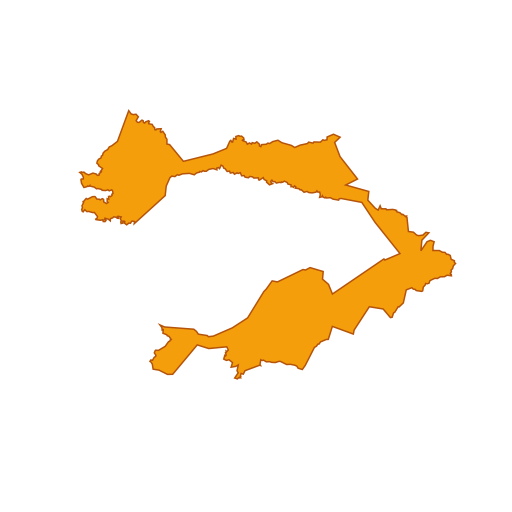 the district of Metlatónoc, Guerrero, Mexico, rotated 107°
{"feature_id": "50627088B85830591431491", "entity_name": "Metlatónoc", "entity_type": "district", "adm_level": 2, "iso_a3": "MEX", "parent_name": "Mexico", "parent_adm1": "Guerrero", "projection": "robinson", "projection_center": [-98.445, 17.124], "detail": "fine", "context": "isolated", "style": "filled", "palette": "amber", "viewbox_px": 512, "rotation_deg": 107, "n_neighbors": 0, "source": "geoboundaries", "source_scale": "gbopen_adm2", "svg_char_len": 6128}
<svg xmlns="http://www.w3.org/2000/svg" viewBox="0 0 512 512"><g transform="rotate(107 256 256)"><path d="M117.8,210.3L116.9,217.5L121.4,222.8L124.1,222.1L125.5,224.6L125.3,226.0L128.3,227.7L130.0,234.0L131.4,234.5L131.7,238.9L133.5,239.8L137.0,246.1L140.9,250.7L139.9,254.5L140.1,264.4L138.9,268.9L141.8,273.6L144.4,275.7L144.6,277.7L146.1,278.8L147.8,283.1L150.0,283.4L149.7,284.9L148.2,285.2L146.6,288.6L148.6,290.1L148.7,292.8L150.3,293.0L149.8,295.3L151.6,297.0L149.9,298.6L149.5,302.8L148.9,302.8L148.2,301.5L146.7,302.3L145.6,304.8L146.2,306.5L145.9,307.7L147.6,310.2L150.1,309.3L150.1,311.8L153.9,311.7L154.1,312.4L152.8,313.9L153.9,314.6L161.7,315.6L171.0,327.0L186.7,353.1L174.7,371.2L175.0,373.9L170.4,375.3L168.8,377.4L166.7,378.2L164.0,381.6L165.6,383.0L165.1,383.9L162.0,383.9L163.5,388.0L164.7,388.6L164.8,389.6L162.7,390.6L162.3,392.0L160.5,393.7L160.9,397.2L160.1,397.7L158.6,397.2L158.0,398.2L159.9,400.7L161.4,401.3L161.2,402.7L159.6,403.5L159.4,404.8L162.5,406.9L162.8,408.5L161.6,410.2L157.3,409.2L155.5,412.2L156.6,414.5L156.7,416.9L154.2,420.2L186.9,422.0L192.7,426.1L194.6,428.2L197.6,429.0L199.9,431.2L202.3,432.3L204.6,432.2L205.7,433.1L207.5,432.9L209.3,434.7L211.6,435.5L213.8,435.3L214.8,433.1L215.7,432.9L217.2,428.3L220.6,429.4L220.4,428.6L221.1,428.7L223.2,430.1L224.3,429.6L225.3,431.2L224.3,432.8L224.4,436.2L227.3,439.7L227.1,442.7L226.1,445.1L226.8,446.3L226.6,447.5L227.6,449.0L228.7,446.4L231.0,444.2L232.8,443.7L233.5,445.6L234.3,445.7L237.5,444.1L240.8,440.6L239.1,437.9L238.4,437.7L238.3,436.2L237.3,435.6L237.7,435.5L237.4,430.8L238.4,428.2L237.7,426.9L237.5,423.1L238.2,422.4L237.4,419.0L236.0,416.9L236.6,415.4L234.9,413.3L235.8,412.1L238.1,411.0L239.1,411.9L240.3,411.4L241.8,412.5L241.6,413.3L242.2,414.4L244.7,413.4L244.7,415.1L247.6,414.2L248.0,413.1L249.6,414.4L248.8,417.4L246.4,418.3L246.1,419.7L247.9,421.4L247.5,422.3L248.1,424.8L246.3,427.2L246.4,428.0L247.1,429.8L250.9,433.7L250.6,435.2L254.0,436.7L254.8,437.8L254.6,436.8L255.2,436.5L258.8,437.1L260.6,436.1L262.5,436.3L264.1,435.2L264.3,434.2L261.8,433.3L263.0,430.7L262.3,429.0L262.2,424.7L261.6,423.3L264.6,419.1L266.3,419.0L267.6,420.1L268.0,419.7L267.3,415.2L266.1,413.0L267.7,412.2L267.3,410.5L265.9,409.8L265.3,410.2L265.3,411.4L264.0,411.5L264.0,408.0L265.0,405.6L262.8,406.1L261.4,404.1L260.2,403.6L259.8,400.8L260.5,399.8L260.2,398.5L259.7,398.4L258.9,400.0L258.4,399.7L258.0,396.3L260.1,396.7L261.7,395.1L263.0,395.3L264.4,394.5L263.4,392.9L261.6,393.5L261.2,392.2L261.5,391.5L263.0,391.5L264.0,388.8L261.7,387.2L261.4,385.6L259.2,385.1L258.7,384.3L258.6,382.2L260.7,381.9L224.8,360.5L215.3,362.3L206.2,361.2L204.2,359.8L203.8,356.8L201.3,355.0L201.3,353.3L198.9,350.3L196.4,343.7L196.4,338.8L193.9,337.1L192.5,334.7L191.7,334.5L191.5,332.7L189.8,331.6L190.1,330.2L189.5,328.3L187.0,326.5L184.9,322.6L185.0,318.6L183.4,319.2L182.4,317.7L183.1,316.4L179.3,315.9L179.7,314.0L181.5,312.4L181.5,311.1L183.6,308.3L182.6,306.1L184.2,304.8L182.8,302.2L184.1,300.5L182.0,298.4L182.3,297.2L180.9,295.4L183.5,293.2L182.6,290.9L183.8,289.5L183.4,286.1L181.8,285.3L181.3,282.4L182.1,280.9L180.6,276.6L182.4,275.7L182.4,274.9L178.9,272.0L180.5,270.6L181.0,267.7L182.3,267.5L184.0,263.9L182.0,261.3L181.7,262.6L180.3,263.7L178.8,263.0L179.9,261.5L179.4,259.7L180.3,257.9L178.8,255.3L178.5,253.5L177.8,253.4L177.7,252.1L176.1,250.7L176.6,247.6L177.9,246.5L177.7,243.3L179.5,242.8L179.0,241.5L179.4,240.3L177.7,239.7L178.3,238.1L179.6,238.3L179.1,234.5L179.9,233.1L179.4,232.1L181.0,228.7L179.4,226.2L179.9,224.0L179.2,220.7L177.4,217.3L175.9,216.8L176.8,215.7L176.3,213.7L178.8,212.4L181.3,212.3L180.1,210.3L179.0,210.1L180.1,209.1L180.3,207.0L179.4,206.5L179.9,205.5L178.5,202.0L179.1,199.1L178.4,193.3L177.0,193.2L176.1,191.4L173.8,170.5L189.0,152.0L211.6,119.0L222.2,131.6L221.4,132.8L270.0,171.8L261.9,178.4L258.7,185.6L251.2,187.2L251.3,200.9L254.9,204.5L255.2,207.1L274.5,227.9L275.1,233.3L284.6,236.5L287.7,238.1L317.6,245.9L331.6,257.6L345.1,273.4L347.1,278.0L346.3,279.3L347.6,288.3L345.5,290.9L344.2,294.1L350.6,322.6L350.0,327.7L351.9,325.1L354.3,324.1L353.6,323.2L357.1,322.4L357.4,318.3L358.2,317.6L358.3,315.6L360.7,312.6L361.4,313.5L362.8,313.6L363.5,314.6L368.9,316.4L374.8,321.7L375.4,324.4L376.3,324.8L378.4,324.9L380.2,322.7L381.4,322.6L382.6,323.7L386.0,324.5L386.2,326.2L387.8,326.6L388.2,325.2L389.8,323.5L394.3,321.3L393.5,315.4L395.1,306.0L393.5,301.1L358.2,286.2L358.3,274.1L351.4,257.4L354.0,255.0L355.9,255.9L355.6,256.8L356.8,256.3L357.4,256.9L359.5,255.6L360.4,255.9L360.1,256.8L364.0,256.7L364.5,253.8L363.1,251.5L364.8,247.3L369.6,247.3L367.5,243.1L365.4,241.1L371.3,240.6L372.9,238.9L378.9,240.7L379.0,237.9L377.8,237.2L377.1,235.4L376.7,236.2L375.9,235.2L375.2,235.8L372.7,235.9L372.7,233.6L368.9,233.0L359.4,220.6L359.4,219.6L358.4,220.5L353.8,221.1L354.1,219.5L353.4,218.3L354.2,215.2L353.1,212.2L353.1,209.8L352.2,206.3L350.0,203.2L349.7,201.7L350.8,194.9L349.5,191.4L349.1,186.9L349.4,184.7L351.0,182.9L351.0,178.5L346.1,176.9L326.3,173.4L324.6,171.8L322.2,171.1L321.8,170.0L319.3,169.2L315.3,164.4L314.6,162.5L301.0,162.4L302.2,140.1L298.1,140.5L271.4,132.8L269.5,118.9L275.6,109.5L274.8,107.9L270.2,107.8L269.1,106.8L262.9,105.2L262.9,104.3L257.8,101.4L244.4,102.4L240.8,97.7L241.7,95.9L241.4,94.1L242.2,92.7L241.4,87.2L240.6,86.4L236.8,86.9L234.2,85.7L232.7,85.8L232.5,84.1L231.4,82.6L228.9,82.5L227.6,81.3L225.1,78.5L224.5,76.0L222.0,73.6L220.7,69.7L218.5,67.6L217.8,63.3L216.5,63.9L216.6,64.5L215.8,65.2L214.0,64.5L212.4,65.4L210.7,64.3L207.7,64.4L204.8,63.0L204.1,64.4L202.5,64.9L202.1,68.4L198.7,70.4L198.2,73.0L198.7,74.2L197.3,76.3L197.9,78.9L197.2,82.3L199.0,88.4L194.8,89.6L190.3,89.8L190.0,93.8L192.3,96.6L202.8,99.8L192.4,102.0L183.3,97.5L183.7,100.5L187.2,102.5L189.0,106.4L189.0,108.6L187.2,112.4L188.0,117.4L175.0,122.9L174.9,123.7L173.8,123.6L174.3,125.2L173.2,127.8L173.8,128.5L172.5,131.1L172.6,134.1L171.3,134.9L171.7,135.5L171.2,136.3L171.5,138.9L173.6,144.6L172.9,145.5L174.2,150.0L171.7,152.0L176.4,152.6L175.5,155.9L169.9,165.4L161.3,167.0L161.9,191.0L152.7,181.4L136.4,204.7L124.4,214.0L117.8,210.3Z" fill="#f59e0b" stroke="#b45309" stroke-width="1.5"/></g></svg>